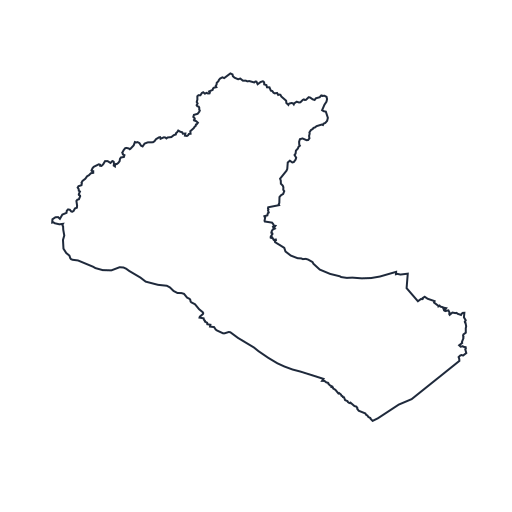 outline of Selwyn District, Canterbury, New Zealand, rotated 349°
{"feature_id": "76426892B38400120345954", "entity_name": "Selwyn District", "entity_type": "district", "adm_level": 2, "iso_a3": "NZL", "parent_name": "New Zealand", "parent_adm1": "Canterbury", "projection": "robinson", "projection_center": [171.861, -43.322], "detail": "fine", "context": "isolated", "style": "outline", "palette": "slate", "viewbox_px": 512, "rotation_deg": 349, "n_neighbors": 0, "source": "geoboundaries", "source_scale": "gbopen_adm2", "svg_char_len": 6059}
<svg xmlns="http://www.w3.org/2000/svg" viewBox="0 0 512 512"><g transform="rotate(349 256 256)"><path d="M62.3,184.3L63.6,184.3L64.6,185.4L69.1,187.4L72.6,187.6L72.1,188.2L71.9,189.3L72.3,190.0L71.8,193.4L71.7,199.3L69.6,203.4L68.4,212.1L70.3,216.9L72.9,220.0L73.3,222.8L73.8,223.8L75.2,224.7L80.4,226.4L94.1,235.5L96.0,237.2L102.8,240.6L111.3,242.5L120.0,241.0L123.7,242.0L126.1,243.7L128.7,246.5L138.4,255.1L142.8,260.1L154.3,265.6L162.8,268.2L165.5,270.4L168.4,274.6L171.8,277.3L175.8,278.2L178.1,279.4L180.4,283.7L182.6,285.4L183.1,286.3L183.1,288.2L183.6,289.1L186.9,291.7L190.0,297.4L193.0,301.0L193.3,302.0L192.9,302.8L189.3,304.8L188.8,305.7L192.7,307.2L192.7,308.7L193.5,309.7L193.3,310.6L195.3,312.2L195.2,313.7L198.1,314.8L197.4,316.5L201.3,317.8L202.4,320.5L203.4,321.6L208.9,325.6L210.4,325.9L214.8,325.4L216.3,326.0L222.8,333.1L236.5,345.4L240.2,349.8L248.5,358.2L256.5,365.4L262.8,369.9L270.2,374.4L277.5,377.9L298.8,389.5L297.1,391.2L299.4,391.7L300.9,393.5L302.5,394.2L302.8,394.8L302.7,395.3L303.9,397.1L305.7,398.5L305.2,399.1L306.4,399.7L306.5,400.8L308.4,402.5L310.7,406.7L311.4,406.4L313.0,408.3L313.3,409.6L314.1,410.0L314.4,411.1L315.4,411.5L316.0,414.5L318.1,415.9L318.3,416.8L319.3,417.9L320.2,418.4L320.8,418.0L324.0,422.1L325.8,423.0L326.5,424.6L326.2,425.3L327.3,427.5L333.3,431.4L333.8,432.9L334.9,433.8L335.6,435.5L337.3,436.8L337.4,437.6L339.0,440.1L344.6,438.6L367.8,429.1L381.5,426.2L435.6,397.8L435.9,395.7L435.6,393.9L437.4,392.7L438.8,392.4L440.3,393.2L443.9,391.4L443.6,387.4L444.3,386.9L444.4,385.5L442.3,384.7L441.7,384.0L439.6,384.1L438.4,382.4L441.8,380.7L441.7,379.8L444.0,376.1L443.9,375.4L444.3,374.8L444.0,373.9L444.6,372.6L447.3,371.3L448.1,367.0L448.9,365.1L448.9,361.9L448.5,361.3L448.8,360.9L448.5,360.3L449.6,359.1L448.4,355.9L449.7,351.5L448.2,351.3L446.9,351.9L446.0,353.0L442.9,351.2L442.0,350.1L440.8,350.1L438.0,349.0L434.9,350.7L434.6,349.8L435.2,348.6L434.5,346.1L431.3,346.2L430.5,345.5L432.7,343.5L431.0,342.8L430.0,343.7L429.6,341.9L427.4,340.9L426.7,339.7L425.5,340.2L425.5,339.7L421.9,335.7L422.7,334.4L416.3,330.7L413.8,328.2L411.6,329.1L411.6,329.8L410.9,330.1L409.7,329.7L406.3,331.3L397.7,316.3L401.6,302.3L394.3,301.8L391.3,300.5L389.9,300.6L390.5,298.3L373.7,299.8L364.8,299.6L355.5,298.1L346.4,295.6L340.9,294.8L335.5,292.9L334.4,291.9L325.3,287.7L316.0,281.5L310.9,274.6L310.3,272.7L306.4,269.4L304.3,268.3L301.4,268.0L299.9,267.0L296.4,266.1L290.2,262.2L285.8,257.2L285.3,253.4L277.4,246.1L277.3,244.8L278.6,244.3L278.6,243.6L276.4,243.5L275.5,240.9L274.4,241.2L273.9,240.8L274.2,239.7L276.4,237.5L276.3,236.7L275.5,236.1L276.2,234.6L277.5,233.2L279.6,232.7L278.5,231.4L278.3,230.6L278.8,230.5L279.6,231.3L280.8,230.1L279.3,229.6L279.0,228.0L278.1,226.3L271.2,223.8L271.1,223.0L272.4,219.8L271.8,219.0L271.8,218.5L274.9,218.3L275.8,216.2L276.8,215.8L276.5,213.4L277.1,212.6L276.8,211.7L277.3,210.5L288.4,210.5L288.2,209.5L289.0,208.4L290.3,202.6L292.2,201.1L294.5,200.3L296.1,197.7L295.4,196.2L296.0,193.7L295.7,192.0L294.2,189.8L294.7,186.8L294.4,184.7L302.2,178.1L303.3,176.5L305.0,170.3L307.4,168.9L309.5,171.1L311.0,171.0L313.2,169.0L314.2,167.2L313.1,164.2L314.4,163.0L315.3,160.2L317.6,158.5L318.6,156.9L320.1,156.1L319.7,155.0L320.1,152.1L321.4,149.7L324.1,149.5L327.8,152.0L329.3,152.1L330.9,150.7L331.0,148.3L332.0,146.2L332.0,144.9L333.9,142.9L336.0,142.1L336.9,141.2L338.3,141.1L340.2,140.1L345.6,139.5L346.7,140.2L347.5,139.0L349.4,138.6L351.6,136.9L352.9,134.1L352.1,127.6L350.1,126.8L348.7,125.5L352.1,120.5L354.6,118.0L355.7,115.5L355.6,113.2L353.7,111.7L351.6,111.6L351.2,110.9L350.5,110.9L348.8,112.3L344.9,112.6L343.3,114.0L341.5,113.0L339.4,110.8L338.0,110.2L334.9,112.2L333.7,112.2L332.9,111.4L331.7,111.7L328.9,113.6L327.5,113.5L325.4,112.3L322.7,113.4L322.0,114.4L321.4,113.2L320.2,112.6L317.9,112.7L317.0,113.1L316.6,113.8L315.0,111.6L315.2,109.3L311.3,104.3L310.7,102.4L309.4,101.9L308.5,102.1L307.8,100.0L305.3,99.9L304.3,99.0L303.5,97.2L302.1,96.5L301.4,93.0L299.0,92.5L298.8,90.2L296.8,89.1L297.1,87.1L296.5,86.1L296.0,85.8L293.7,86.1L290.4,87.7L289.7,84.9L288.7,84.6L287.4,85.3L282.8,83.0L280.8,82.9L279.4,81.9L276.6,81.4L274.4,78.8L272.2,79.1L269.0,76.9L267.6,75.1L267.6,73.3L265.7,71.9L258.7,75.3L257.1,74.2L254.5,75.0L253.0,76.3L252.5,77.2L250.5,78.5L250.0,80.2L248.9,81.4L249.3,82.7L246.6,82.8L245.8,83.4L245.1,84.7L241.4,85.5L241.9,86.7L241.4,87.5L239.8,87.3L238.6,86.4L236.8,86.9L235.4,85.2L233.9,85.7L232.1,87.6L230.2,87.2L228.9,88.0L228.3,91.3L227.2,93.5L227.8,95.1L226.5,96.6L227.0,97.8L228.3,98.5L228.6,99.7L228.2,101.5L228.6,102.4L227.9,103.5L225.8,105.3L222.0,105.6L221.0,107.5L222.1,109.2L222.0,109.9L221.0,110.7L221.1,111.1L223.0,112.2L224.4,114.1L222.8,115.5L222.1,115.5L221.6,116.8L220.3,117.5L219.3,118.6L215.3,121.0L215.1,123.5L213.4,123.4L212.4,124.5L211.1,125.0L209.2,124.3L210.0,122.3L207.5,122.0L207.2,120.5L205.4,119.6L203.6,118.0L202.3,119.4L200.8,120.3L200.5,121.4L198.3,121.7L195.6,123.1L191.8,122.8L190.5,123.5L189.6,122.4L188.3,121.9L184.7,122.7L184.6,121.1L183.5,121.0L180.2,122.2L178.2,124.0L176.5,124.7L171.4,123.8L168.1,124.4L165.6,126.8L164.2,125.8L163.1,122.9L161.4,121.6L160.0,121.7L158.9,121.0L157.0,124.1L153.2,126.8L152.4,127.1L151.7,126.2L149.5,125.2L148.2,125.2L146.4,126.7L144.4,129.1L144.8,129.9L144.7,130.9L146.1,131.9L145.2,133.6L142.2,133.5L141.0,134.7L140.2,136.9L138.5,138.4L136.8,139.2L136.0,138.9L135.0,139.7L134.6,141.1L133.6,140.1L134.2,138.3L134.3,136.4L133.8,135.8L133.1,135.4L130.9,136.9L128.5,134.6L125.9,134.1L123.5,136.8L121.5,138.1L120.2,137.7L120.3,136.6L119.2,136.0L113.7,137.5L112.3,138.6L110.8,140.7L111.2,141.4L112.4,141.7L112.1,143.3L109.6,143.3L107.5,144.8L105.4,145.5L103.2,147.6L100.0,149.2L98.7,150.8L98.9,151.4L98.2,153.2L95.1,153.6L94.0,154.8L94.7,156.5L94.5,158.1L95.5,159.1L93.8,161.6L93.8,162.3L94.8,163.1L94.8,163.8L93.0,166.5L91.3,166.7L90.2,167.7L90.0,172.4L89.4,174.4L87.3,174.8L85.5,177.0L84.0,177.5L83.1,177.0L82.1,175.1L80.4,174.4L78.9,175.5L78.2,177.5L73.8,178.4L70.6,182.1L69.2,180.1L66.5,179.7L63.2,181.1L62.3,184.3Z" fill="none" stroke="#1e293b" stroke-width="2"/></g></svg>